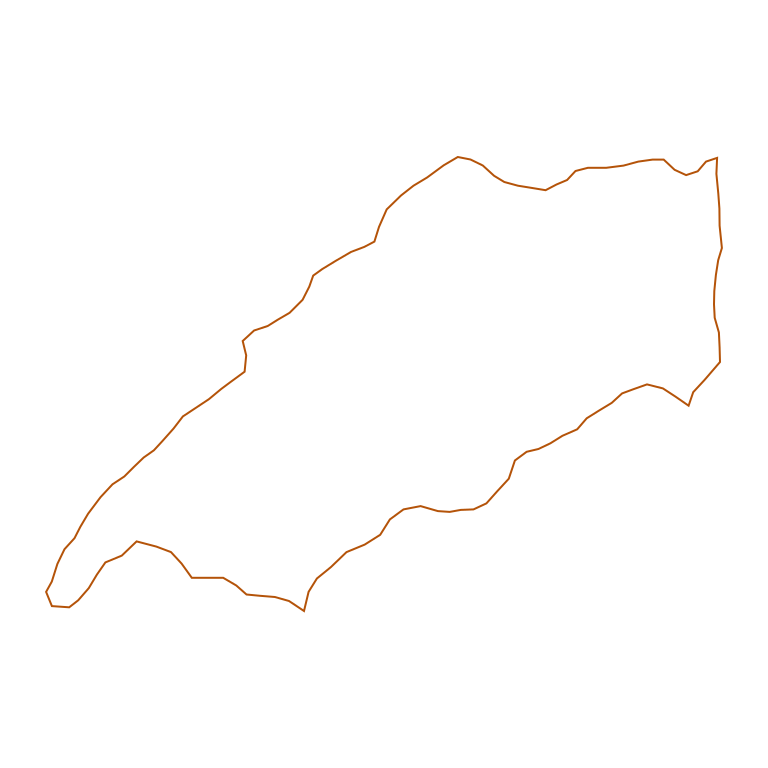 the district of Dom Viçoso, Minas Gerais, Brazil
{"feature_id": "56859067B14316941385434", "entity_name": "Dom Viçoso", "entity_type": "district", "adm_level": 2, "iso_a3": "BRA", "parent_name": "Brazil", "parent_adm1": "Minas Gerais", "projection": "orthographic", "projection_center": [-45.148, -22.231], "detail": "fine", "context": "isolated", "style": "outline", "palette": "amber", "viewbox_px": 768, "rotation_deg": 0, "n_neighbors": 0, "source": "geoboundaries", "source_scale": "gbopen_adm2", "svg_char_len": 1675}
<svg xmlns="http://www.w3.org/2000/svg" viewBox="0 0 768 768"><path d="M335.8,260.8L322.2,269.1L313.2,275.6L309.3,286.6L302.6,299.8L289.6,312.8L277.6,319.8L267.7,326.0L254.1,330.5L242.7,341.0L246.2,355.4L244.6,371.7L230.7,381.9L221.3,388.9L209.0,399.1L194.7,408.6L182.9,416.4L173.5,428.6L162.2,441.3L153.9,450.3L143.7,457.5L133.8,467.0L124.3,476.5L112.5,484.3L100.5,497.2L88.1,513.7L80.4,526.7L74.5,538.2L64.5,549.2L57.4,563.9L51.8,581.6L46.1,591.9L51.9,606.1L69.2,607.3L78.2,600.3L88.8,588.1L96.9,574.6L105.4,562.4L121.8,555.6L136.6,541.4L156.4,546.6L171.0,552.1L181.6,563.6L191.8,577.8L208.4,577.8L223.2,577.8L236.3,585.5L246.5,594.5L260.1,595.8L274.9,597.0L289.0,601.0L304.0,611.0L308.6,591.8L316.9,578.5L331.0,567.0L346.5,552.1L364.7,544.6L380.2,534.8L389.9,519.4L403.5,509.4L420.6,506.1L437.9,511.1L449.7,511.9L460.8,509.9L473.5,509.4L486.4,503.4L497.1,491.4L508.8,478.7L514.9,460.5L526.6,451.8L538.4,449.0L550.4,443.3L562.4,435.8L577.2,429.3L586.7,418.3L598.5,410.9L611.7,402.9L622.1,393.4L632.9,389.4L647.0,384.4L662.9,388.4L675.6,396.7L688.6,405.7L693.2,392.2L704.5,380.0L720.0,362.0L719.6,347.3L718.9,332.5L714.7,317.8L714.0,304.3L714.3,291.1L715.9,274.9L718.2,260.2L721.9,248.0L719.6,225.7L719.4,208.5L718.3,193.6L716.4,173.8L717.1,157.9L706.0,161.6L697.7,171.3L686.1,175.1L674.6,169.8L663.7,159.6L652.6,159.6L638.3,161.6L623.5,165.6L606.2,167.8L587.9,167.8L575.5,171.0L567.1,180.0L556.5,184.5L545.6,190.2L530.4,187.7L517.9,185.7L504.3,182.0L494.1,175.8L482.8,165.5L470.5,159.5L457.8,157.0L443.7,165.3L427.1,177.5L413.5,185.7L401.0,195.5L386.7,209.4L379.0,226.9L374.4,241.6L364.3,246.9L351.1,251.9L335.8,260.8Z" fill="none" stroke="#b45309" stroke-width="2"/></svg>